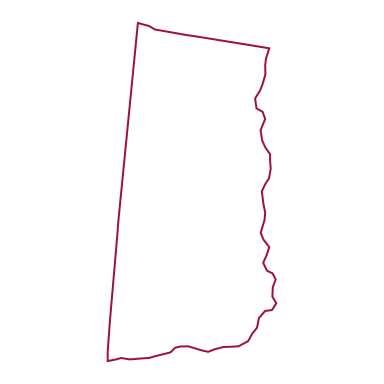 outline of Nova Olímpia, Paraná, Brazil
{"feature_id": "56859067B47748019346141", "entity_name": "Nova Olímpia", "entity_type": "district", "adm_level": 2, "iso_a3": "BRA", "parent_name": "Brazil", "parent_adm1": "Paraná", "projection": "natural_earth1", "projection_center": [-53.054, -23.423], "detail": "fine", "context": "isolated", "style": "outline", "palette": "rose", "viewbox_px": 384, "rotation_deg": 0, "n_neighbors": 0, "source": "geoboundaries", "source_scale": "gbopen_adm2", "svg_char_len": 930}
<svg xmlns="http://www.w3.org/2000/svg" viewBox="0 0 384 384"><path d="M269.3,48.3L194.0,36.1L186.8,35.1L154.9,29.5L149.3,26.1L137.9,23.0L118.4,220.6L117.3,235.3L112.3,293.3L109.9,321.3L107.7,351.4L107.7,361.0L114.9,359.7L121.3,358.0L129.6,359.4L142.3,358.4L148.8,358.0L154.9,356.3L164.0,354.0L170.4,352.4L175.1,347.8L180.1,346.5L188.2,346.3L201.8,350.4L208.2,351.8L214.6,349.3L223.5,347.0L231.5,346.7L238.5,346.3L248.2,341.0L252.4,333.4L257.0,327.7L259.0,317.9L265.2,310.9L271.9,310.1L276.3,303.3L272.4,296.7L272.8,287.2L275.7,279.4L272.6,273.4L267.0,270.7L263.2,262.8L266.6,255.2L269.3,247.2L263.4,239.5L260.7,232.9L264.6,219.6L265.2,212.6L263.4,203.7L261.8,191.4L265.2,184.2L269.1,178.1L270.7,168.8L270.1,160.5L270.1,154.3L265.2,147.2L262.1,140.3L260.6,130.0L265.2,119.0L262.6,111.8L256.5,108.4L255.1,98.4L260.1,90.5L262.7,83.8L265.4,74.3L265.2,65.3L266.0,58.6L269.3,48.3Z" fill="none" stroke="#9f1239" stroke-width="2"/></svg>